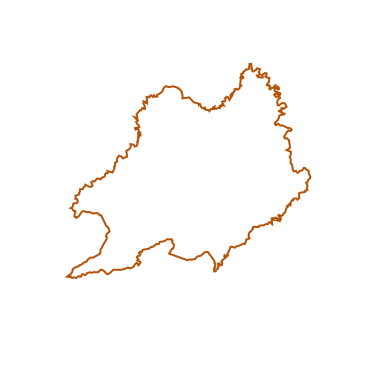 Caçapava do Sul, Rio Grande do Sul, Brazil, rotated 214°
{"feature_id": "56859067B31876797610836", "entity_name": "Caçapava do Sul", "entity_type": "district", "adm_level": 2, "iso_a3": "BRA", "parent_name": "Brazil", "parent_adm1": "Rio Grande do Sul", "projection": "mercator", "projection_center": [-53.469, -30.552], "detail": "fine", "context": "isolated", "style": "outline", "palette": "amber", "viewbox_px": 384, "rotation_deg": 214, "n_neighbors": 0, "source": "geoboundaries", "source_scale": "gbopen_adm2", "svg_char_len": 6113}
<svg xmlns="http://www.w3.org/2000/svg" viewBox="0 0 384 384"><g transform="rotate(214 192 192)"><path d="M207.3,330.8L207.3,329.2L208.3,326.5L209.4,325.9L214.7,331.3L215.9,330.1L214.9,328.9L214.6,327.2L213.2,326.5L214.7,324.4L215.8,323.9L216.0,321.6L216.7,320.7L215.9,319.4L217.0,318.1L217.1,316.9L213.6,315.9L213.5,314.7L215.9,314.6L215.7,313.4L214.4,312.6L212.2,307.9L210.6,307.7L211.3,306.1L210.6,304.5L211.3,302.5L213.0,302.3L214.1,300.9L213.1,300.4L213.4,298.2L212.9,295.2L214.0,295.9L214.3,293.7L213.3,292.5L212.5,293.2L212.5,289.2L215.5,290.8L216.3,290.6L217.1,288.1L216.3,287.9L215.3,286.3L215.4,285.3L216.9,284.7L217.5,283.5L214.0,281.5L215.9,280.9L215.3,279.6L216.2,279.1L217.0,279.4L217.2,278.5L215.9,277.2L217.7,275.9L218.6,274.3L220.4,274.3L221.1,275.5L221.8,273.9L220.5,272.9L222.8,271.4L222.7,268.7L224.1,269.1L226.4,267.9L228.4,269.1L228.5,267.8L229.6,268.2L230.5,267.3L231.3,267.3L234.4,269.2L234.8,268.0L235.6,269.0L240.9,267.3L247.2,268.9L252.2,264.3L254.2,267.3L256.0,268.3L256.4,269.4L260.6,270.6L261.3,270.0L262.2,270.4L266.8,269.1L269.4,266.2L273.0,264.9L273.6,262.6L272.9,259.3L273.2,256.9L275.2,252.8L274.2,251.5L276.2,250.2L277.5,251.0L277.5,249.0L279.7,249.4L280.5,248.8L280.1,246.8L282.2,246.2L282.8,245.1L280.6,243.4L280.7,241.6L279.4,241.4L278.8,240.2L282.9,240.0L282.2,238.6L279.5,236.9L277.5,234.8L278.2,234.0L279.4,234.2L280.3,233.6L279.8,231.2L280.9,230.5L281.4,225.4L278.6,222.7L281.3,221.9L276.8,220.9L277.5,218.9L275.8,217.8L273.5,217.5L272.0,216.4L275.0,213.1L273.7,212.2L273.1,213.3L271.5,214.1L270.1,212.8L269.6,211.1L268.4,212.0L268.6,210.2L267.0,211.0L266.2,210.0L268.0,208.2L267.5,207.3L266.2,207.0L266.3,204.9L265.0,203.9L265.4,202.6L264.2,201.8L263.7,199.1L264.8,197.7L266.9,198.6L269.8,197.2L268.6,196.0L267.8,194.0L268.1,192.1L269.4,189.3L265.6,185.1L268.1,181.2L270.6,181.9L273.0,181.1L272.7,177.4L271.1,175.4L272.2,173.5L270.3,170.3L270.7,169.3L269.5,168.2L268.8,163.7L273.6,162.1L272.5,161.4L272.7,160.0L273.8,159.6L273.9,157.8L273.0,156.2L275.0,152.7L274.7,151.8L278.3,150.0L278.8,146.0L280.3,145.5L281.0,143.8L278.0,141.6L278.2,140.2L280.1,138.9L284.5,138.4L284.0,136.6L284.6,134.8L284.1,133.4L286.4,131.5L285.1,129.6L285.2,128.1L284.4,127.5L284.4,126.4L286.5,123.8L285.8,123.3L285.0,121.2L283.6,121.8L281.2,120.2L281.4,118.4L283.9,116.1L282.7,112.7L283.5,111.0L282.5,111.4L279.8,110.2L277.9,110.9L276.1,106.3L274.9,105.8L274.1,106.4L273.4,105.9L272.3,108.8L272.3,114.3L271.1,115.6L267.6,116.6L266.1,117.9L261.7,119.0L260.0,120.7L257.7,121.9L255.6,121.1L254.2,121.9L243.8,115.7L241.7,115.9L238.2,113.0L239.2,109.5L238.5,107.1L237.6,107.1L236.4,105.0L236.1,98.1L235.5,95.3L235.8,93.8L233.7,89.4L237.3,82.3L239.5,80.8L240.7,77.3L240.5,75.1L242.0,73.5L243.1,69.8L244.4,68.4L244.5,67.1L246.8,63.9L247.6,61.2L246.6,58.7L246.7,56.4L248.2,52.0L245.6,53.2L245.2,54.2L243.4,53.8L242.0,55.3L240.1,55.8L239.0,58.8L237.5,59.1L236.6,60.1L237.1,61.1L237.0,62.7L234.3,63.3L233.7,64.4L233.6,66.2L231.7,68.4L229.8,69.1L228.7,70.5L224.8,73.2L224.4,76.4L222.4,77.3L219.8,77.2L217.9,76.4L215.6,76.9L214.4,80.2L213.9,83.4L207.5,87.7L204.8,90.5L202.9,93.6L200.7,93.9L198.7,97.0L198.8,100.7L198.3,102.1L197.5,102.4L195.5,101.3L195.1,103.8L195.7,105.3L199.1,104.6L198.8,106.2L201.3,107.1L201.3,108.2L199.9,109.9L199.8,111.1L201.9,111.7L201.9,113.2L200.2,113.7L200.4,116.6L195.7,121.3L195.7,122.7L193.5,125.3L192.5,128.8L190.4,130.5L190.8,132.6L187.6,135.5L185.9,139.4L184.2,139.9L182.7,141.4L180.8,140.7L180.8,139.5L177.2,138.0L176.0,134.6L176.9,133.6L176.5,128.1L157.6,132.9L156.0,135.1L154.8,135.3L152.0,138.2L151.6,141.4L149.1,144.1L147.8,149.0L145.5,151.2L134.9,147.4L133.9,145.9L132.6,145.7L131.9,143.4L130.5,142.8L131.1,141.1L130.0,139.5L129.1,138.6L128.0,139.7L128.5,141.0L127.7,142.5L128.3,145.2L129.1,145.4L130.3,147.2L129.4,148.1L127.3,147.1L126.4,148.2L127.4,150.4L128.7,150.7L128.7,152.6L127.4,156.4L129.3,156.7L129.6,157.7L127.7,157.6L126.9,158.5L126.9,159.7L127.9,159.5L128.1,162.4L129.3,167.4L129.0,168.6L125.3,169.8L125.0,171.4L123.1,173.6L120.2,178.2L119.1,178.6L119.7,179.3L119.4,180.4L120.5,182.8L119.0,184.5L118.6,185.9L119.7,186.0L120.2,187.5L121.1,188.0L121.8,190.6L121.1,192.4L120.9,195.6L121.7,196.1L121.6,197.6L117.1,200.3L117.5,201.2L115.7,203.4L114.4,203.9L112.6,206.9L111.1,207.8L111.4,209.5L110.7,210.4L107.6,210.2L110.2,213.1L108.8,214.4L111.0,214.8L110.1,215.8L108.6,216.1L108.6,217.4L105.6,218.1L105.9,215.9L103.0,217.0L103.8,217.8L102.9,219.0L104.0,220.1L107.2,220.7L107.1,221.7L104.6,222.1L103.8,223.9L104.2,225.3L103.4,226.8L104.7,231.6L104.3,233.2L105.3,233.4L104.5,236.4L103.1,235.8L103.1,237.0L104.4,237.8L104.4,241.1L103.5,241.6L104.2,243.2L101.6,245.2L100.3,244.6L99.7,247.1L102.2,250.2L102.5,251.3L98.5,255.0L98.9,256.4L97.8,257.2L97.5,258.4L99.0,259.3L99.5,261.5L102.6,263.5L101.8,264.4L102.4,267.0L101.8,268.9L102.2,270.7L105.9,272.9L107.2,274.8L110.1,274.5L111.7,275.1L112.8,274.5L112.8,271.5L114.5,269.7L114.4,268.1L115.0,267.2L115.9,266.8L117.6,267.6L119.2,266.0L121.1,267.1L124.3,270.6L126.2,271.0L128.8,274.7L130.6,275.6L131.0,278.2L132.5,280.7L137.0,279.6L135.7,282.5L135.6,283.8L140.7,289.2L143.5,289.6L144.6,288.4L146.5,289.0L146.8,294.7L146.5,296.6L144.4,297.7L144.2,299.4L146.5,299.8L147.8,298.7L154.7,297.7L155.8,296.4L158.4,296.8L159.4,295.8L159.7,294.4L161.2,294.6L161.9,295.8L161.1,299.4L161.5,302.2L162.2,303.4L162.1,304.5L160.1,307.1L159.1,307.6L159.2,308.7L160.8,308.0L165.1,307.7L164.8,308.7L163.2,309.5L164.8,311.5L164.2,312.2L162.4,312.3L161.4,315.7L164.6,317.4L165.7,317.0L167.4,315.6L168.1,312.5L169.6,311.9L171.6,314.3L172.5,316.4L171.5,319.1L172.3,319.7L173.3,319.8L175.5,317.8L178.2,318.4L178.3,319.4L177.3,320.4L173.4,321.2L173.9,323.2L179.7,321.9L181.5,323.9L181.0,324.9L180.1,325.2L178.0,324.9L177.5,326.1L178.5,327.2L182.6,327.1L183.1,326.4L182.5,324.4L184.0,322.9L184.6,320.7L185.6,320.8L186.5,323.5L187.7,323.7L188.5,322.5L189.9,322.5L190.1,324.3L189.7,326.0L191.7,329.9L193.9,328.8L195.8,328.9L195.5,329.9L196.3,332.0L198.0,331.6L199.3,328.0L197.9,327.3L197.4,326.3L201.7,324.1L203.3,325.0L202.1,325.9L201.3,327.8L203.5,328.5L204.3,331.8L207.3,330.8Z" fill="none" stroke="#b45309" stroke-width="2"/></g></svg>